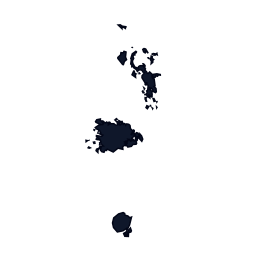 Shortland Islands, Western, Solomon Islands, rotated 330°
{"feature_id": "97153195B13226737525008", "entity_name": "Shortland Islands", "entity_type": "district", "adm_level": 2, "iso_a3": "SLB", "parent_name": "Solomon Islands", "parent_adm1": "Western", "projection": "equal_earth", "projection_center": [155.884, -7.049], "detail": "fine", "context": "isolated", "style": "filled", "palette": "ink", "viewbox_px": 256, "rotation_deg": 330, "n_neighbors": 0, "source": "geoboundaries", "source_scale": "gbopen_adm2", "svg_char_len": 5932}
<svg xmlns="http://www.w3.org/2000/svg" viewBox="0 0 256 256"><g transform="rotate(330 128 128)"><path d="M131.0,126.8L130.5,125.2L128.9,123.8L127.3,124.5L127.5,122.8L126.6,121.9L125.9,122.4L125.6,120.6L125.0,121.5L122.4,121.5L122.2,120.4L118.9,119.7L117.9,117.2L115.3,115.7L115.1,113.9L114.4,113.4L113.8,113.8L114.1,115.5L112.5,115.4L113.1,114.5L112.6,112.2L110.8,112.3L109.5,108.7L109.1,111.6L108.6,112.2L108.3,112.3L108.5,108.6L107.8,107.6L108.6,106.4L105.1,105.2L103.1,106.2L103.1,107.1L105.7,110.8L106.3,111.2L106.6,111.8L104.7,110.9L99.9,111.2L100.2,113.0L101.8,115.1L101.2,116.0L102.1,116.3L102.1,118.2L101.2,119.4L102.7,121.6L101.0,122.1L96.9,118.8L96.3,119.8L97.9,123.3L97.9,125.2L97.7,126.4L96.6,126.6L97.1,127.1L96.8,128.2L97.7,131.2L96.1,130.5L95.0,131.5L94.2,131.0L93.9,133.2L93.7,132.0L93.1,133.6L93.5,135.5L95.1,137.0L96.6,136.0L99.5,136.0L103.2,141.4L109.2,140.5L112.9,143.9L114.0,141.5L118.7,140.9L117.9,139.7L118.5,139.8L118.0,138.2L118.9,138.3L119.0,140.1L119.5,139.0L119.9,140.1L120.6,138.6L122.4,137.9L123.5,138.5L124.0,139.8L126.8,140.4L125.9,139.0L125.9,138.8L129.2,138.1L130.7,135.9L130.3,134.6L128.0,135.9L127.5,135.2L130.7,132.9L129.8,129.8L131.0,126.8ZM182.7,97.8L180.1,95.5L175.8,93.8L174.8,90.3L172.7,90.9L172.1,90.3L172.2,88.4L171.5,86.3L172.7,85.5L171.9,81.3L169.6,80.1L167.9,80.1L166.7,81.2L164.4,78.7L164.5,74.3L165.4,72.1L167.7,70.6L168.1,68.5L169.4,67.6L170.4,68.2L171.5,66.6L172.7,66.9L173.4,66.3L173.1,65.5L168.8,65.9L165.1,69.3L165.1,70.4L162.4,73.9L162.7,75.6L161.9,76.9L163.7,77.6L163.1,78.7L164.4,81.5L164.4,83.7L166.5,83.2L168.1,84.0L169.0,85.2L168.9,87.0L170.1,88.4L166.3,89.8L165.2,91.5L165.4,97.3L166.9,98.2L166.2,99.9L166.8,101.2L164.0,105.0L162.7,105.2L162.5,106.6L160.6,108.3L160.7,110.3L161.8,112.6L162.6,109.0L163.5,112.7L164.5,113.0L164.8,111.6L165.4,111.6L167.0,108.1L166.0,105.2L167.1,105.4L167.2,104.2L168.4,105.5L168.5,107.6L167.8,108.5L169.5,111.1L170.6,110.8L172.0,107.7L171.2,105.0L172.5,105.0L175.0,99.0L174.1,97.6L174.5,95.0L175.5,94.4L175.6,97.7L177.3,97.5L178.1,96.6L179.4,97.9L181.0,97.3L182.4,98.4L182.7,97.8ZM86.5,206.9L84.7,206.6L83.9,204.1L81.8,202.0L82.4,200.3L81.5,198.8L76.9,197.7L70.7,198.7L67.1,202.5L65.7,207.0L66.8,212.7L72.2,214.5L76.6,214.2L77.2,215.2L80.8,212.8L86.5,206.9ZM164.3,61.2L162.9,59.6L161.4,60.5L159.6,59.2L158.1,61.0L154.5,61.8L154.0,62.7L155.1,70.3L155.7,70.8L158.1,68.6L160.9,68.1L161.3,65.3L164.3,61.2ZM128.2,144.0L127.7,142.3L126.7,142.2L126.0,141.0L124.1,141.0L122.5,138.1L118.0,141.6L118.3,144.4L121.8,145.6L124.0,144.7L126.9,146.1L127.8,145.6L128.2,144.0ZM80.1,215.8L77.1,216.9L73.6,220.2L73.0,220.0L73.6,218.1L72.1,219.5L71.8,217.3L71.4,217.3L71.1,220.2L74.1,222.1L76.2,218.9L78.4,219.5L79.5,218.8L80.1,215.8ZM133.6,141.0L134.1,137.4L132.9,136.2L130.9,137.3L128.5,142.6L129.2,143.4L130.0,143.1L131.2,141.4L131.0,139.9L131.4,139.7L131.7,140.7L132.3,140.5L132.2,141.5L133.6,141.0ZM135.8,141.6L135.3,139.0L132.5,142.8L133.3,146.4L135.2,145.0L135.8,141.6ZM182.9,73.3L182.8,68.4L181.6,67.2L180.1,67.3L179.6,69.9L180.4,71.5L181.9,70.3L182.9,73.3ZM162.0,85.2L161.2,84.1L161.8,81.8L161.4,81.5L158.1,83.9L159.9,87.9L161.2,85.2L162.0,85.2ZM177.3,39.6L174.0,37.0L172.9,34.8L171.0,33.9L172.4,38.7L173.1,36.9L173.4,38.3L174.2,38.1L175.5,40.4L176.1,39.4L177.3,39.6ZM184.7,78.3L184.1,77.3L181.6,80.1L181.7,81.8L180.2,83.9L182.3,83.5L183.3,81.8L184.5,81.5L183.7,79.8L184.7,78.3ZM93.1,131.1L90.2,130.6L89.0,131.7L89.7,134.1L90.9,132.1L93.1,131.1ZM156.7,119.8L155.5,118.1L153.8,119.3L154.4,121.0L156.7,119.8ZM165.0,118.3L165.2,115.5L164.4,115.1L163.8,118.0L165.0,118.3ZM123.3,119.4L123.0,118.3L121.6,117.0L120.9,119.4L122.8,120.1L123.3,119.4ZM174.0,82.4L173.6,80.3L173.2,80.0L172.8,82.9L173.3,83.4L174.0,82.4ZM124.8,119.1L124.4,117.9L123.9,117.2L123.4,118.3L123.8,119.7L124.8,119.1ZM95.4,130.9L94.5,129.9L93.2,130.8L93.7,131.2L94.2,130.9L95.0,131.4L95.4,130.9ZM92.2,123.4L91.0,123.0L90.8,124.3L91.7,124.7L92.2,123.4ZM85.4,126.3L84.5,124.8L83.6,125.2L84.3,126.1L85.4,126.3ZM86.6,118.7L85.5,117.7L84.9,118.9L86.6,118.7ZM132.1,133.4L131.8,132.0L131.1,134.9L132.1,133.4ZM188.6,77.3L187.8,76.7L187.6,78.3L188.2,78.5L188.6,77.3ZM160.0,105.6L159.1,104.6L159.5,103.3L158.8,103.4L158.7,105.1L160.0,105.6ZM158.5,110.8L158.0,110.3L157.3,111.5L158.0,111.9L158.5,110.8ZM95.7,123.2L95.7,121.5L94.9,121.7L95.7,123.2ZM189.9,79.1L190.3,77.8L189.3,78.1L189.9,79.1ZM165.5,99.8L165.3,98.3L164.7,98.5L164.7,99.4L165.5,99.8ZM157.8,112.8L157.1,113.0L157.0,113.9L157.5,114.1L157.8,112.8ZM165.4,86.7L165.2,85.3L164.8,86.5L165.4,86.7ZM122.0,114.5L120.7,114.5L121.0,115.7L122.0,114.5ZM97.0,123.8L97.1,122.9L96.5,123.3L97.0,123.8ZM126.2,119.4L125.7,119.2L125.5,119.8L126.0,120.1L126.2,119.4ZM98.2,112.9L97.8,112.4L97.5,112.6L97.7,113.2L98.2,112.9ZM125.3,120.1L124.7,120.1L124.7,120.8L124.9,121.0L125.3,120.1ZM73.4,217.1L72.0,217.1L71.9,217.4L72.5,217.5L73.4,217.1ZM159.3,108.4L159.6,107.4L159.4,107.4L159.3,108.4ZM76.6,215.9L76.5,215.1L76.1,215.4L76.6,215.9ZM74.7,217.4L75.1,216.7L74.4,217.0L74.7,217.4ZM88.2,119.3L88.0,118.7L88.2,119.6L88.2,119.3ZM186.2,76.8L186.4,76.1L185.9,76.1L186.2,76.8ZM181.0,78.3L180.9,77.5L180.5,77.3L180.5,77.9L181.0,78.3ZM162.2,102.1L161.9,101.3L161.7,102.4L162.2,102.1ZM163.4,124.6L163.3,124.1L163.0,124.8L163.4,124.6ZM95.3,128.5L95.3,127.9L95.0,128.3L95.3,128.5ZM117.2,142.1L117.2,141.5L117.0,142.0L117.2,142.1ZM100.9,119.4L100.9,118.7L100.6,119.0L100.9,119.4ZM159.3,123.4L159.1,123.0L159.0,123.6L159.3,123.4ZM99.5,117.5L99.7,117.0L99.3,117.3L99.5,117.5ZM158.9,119.2L158.6,119.6L158.7,120.0L158.8,119.8L158.9,119.2ZM124.6,140.6L124.0,140.3L124.1,140.7L124.6,140.6ZM159.4,110.8L159.0,110.7L159.0,111.0L159.4,110.8ZM166.3,119.7L166.4,119.0L166.1,119.8L166.3,119.7ZM122.8,114.7L122.8,114.2L122.5,114.2L122.8,114.7ZM123.2,139.1L123.3,138.7L123.0,138.4L123.2,139.1ZM97.9,137.2L98.1,137.0L98.1,136.6L97.9,137.2ZM157.8,120.0L157.6,119.8L157.8,120.0ZM172.2,60.4L172.4,60.2L172.1,60.3L172.2,60.4Z" fill="#0f172a" stroke="#020617" stroke-width="1.5"/></g></svg>